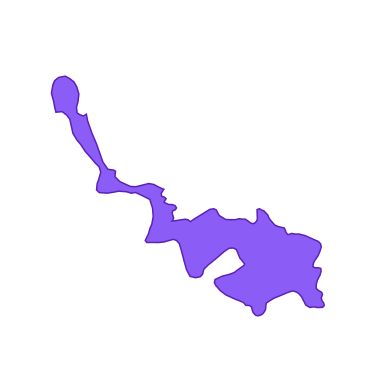 the district of Al-Karkh, Baghdad, Iraq, rotated 165°
{"feature_id": "34846034B16930377854620", "entity_name": "Al-Karkh", "entity_type": "district", "adm_level": 2, "iso_a3": "IRQ", "parent_name": "Iraq", "parent_adm1": "Baghdad", "projection": "orthographic", "projection_center": [44.409, 33.178], "detail": "fine", "context": "isolated", "style": "filled", "palette": "violet", "viewbox_px": 384, "rotation_deg": 165, "n_neighbors": 0, "source": "geoboundaries", "source_scale": "gbopen_adm2", "svg_char_len": 2813}
<svg xmlns="http://www.w3.org/2000/svg" viewBox="0 0 384 384"><g transform="rotate(165 192 192)"><path d="M152.9,57.8L151.3,59.6L149.9,63.5L149.0,65.5L145.7,66.6L140.4,68.2L134.8,68.9L126.1,70.1L121.4,70.4L119.6,70.1L116.4,67.8L114.8,65.6L113.2,62.2L112.6,59.0L111.9,56.0L111.4,53.4L109.7,51.6L107.9,49.9L107.2,49.9L105.8,49.8L103.6,49.4L101.7,48.3L99.8,47.7L98.0,47.3L95.7,46.8L93.7,48.0L93.5,50.4L94.6,53.5L94.5,56.4L92.5,59.2L92.7,61.6L95.2,64.0L96.8,66.2L96.7,68.2L95.6,71.2L93.6,74.5L91.8,76.5L89.8,78.7L87.8,82.1L87.4,84.9L89.6,86.1L92.8,87.0L94.6,88.6L93.2,91.7L91.0,94.2L86.6,97.9L83.7,101.8L81.4,105.4L81.2,108.6L82.7,111.5L86.8,114.7L93.9,120.5L99.5,123.7L103.2,124.6L106.4,126.2L109.2,125.9L110.6,126.2L111.5,128.5L111.9,131.7L112.2,133.4L117.2,136.0L120.6,138.7L123.4,144.3L124.5,147.5L124.7,150.1L126.1,152.7L127.6,155.5L128.6,155.8L131.2,158.4L133.7,158.2L134.5,154.9L135.8,149.2L136.9,147.4L139.1,145.9L141.5,145.6L143.5,147.0L145.6,149.8L147.6,152.0L150.9,152.9L153.3,154.0L157.0,154.0L162.5,155.4L166.8,156.9L167.3,157.4L169.4,159.8L171.8,162.2L173.2,168.4L175.3,170.2L179.3,170.6L196.3,165.5L201.3,163.8L203.0,166.2L203.4,166.4L205.7,167.5L209.3,167.9L218.7,169.0L216.5,171.5L216.6,177.0L215.4,178.8L212.6,179.2L211.1,180.7L211.8,183.2L214.2,184.9L217.8,186.0L221.5,189.1L221.1,190.2L218.7,192.2L220.2,194.4L222.4,195.7L222.0,198.8L218.5,201.9L221.8,204.4L227.0,209.2L231.6,211.4L244.6,211.6L249.9,213.2L259.0,220.7L262.5,226.8L260.5,231.9L262.1,233.5L267.3,235.7L270.3,244.0L271.8,263.2L273.2,273.1L273.5,275.4L274.4,287.7L273.9,294.5L277.2,293.5L280.5,295.9L282.5,298.2L281.6,303.8L281.3,304.4L278.7,308.8L275.9,315.9L276.1,323.5L277.5,328.8L280.6,333.0L284.5,336.7L286.3,336.8L291.2,337.2L295.8,335.1L298.7,331.4L300.6,327.3L302.2,323.8L302.2,315.3L302.7,309.4L302.8,304.3L296.6,303.2L293.2,298.8L291.2,294.0L291.5,287.4L291.8,279.4L289.6,271.7L287.3,266.9L284.7,259.0L281.3,252.2L277.8,244.7L275.2,240.5L275.0,234.8L277.5,230.6L279.1,227.9L281.4,224.7L283.7,218.7L281.7,215.4L274.1,212.8L267.9,212.1L262.7,211.8L255.2,209.2L251.0,206.6L246.6,206.1L241.8,202.1L234.7,195.8L234.3,186.6L235.8,178.4L239.1,171.4L242.0,167.7L244.8,163.0L249.7,157.3L248.7,154.9L243.2,153.5L237.2,151.8L232.0,151.0L222.3,151.1L219.5,149.2L217.6,145.4L217.4,137.7L217.5,127.6L217.4,119.2L217.3,118.0L215.7,111.0L210.8,108.3L206.0,108.0L203.0,109.9L200.6,114.3L194.9,117.5L186.4,121.3L176.0,126.3L170.7,128.1L166.6,127.2L165.7,126.4L164.1,125.0L163.4,120.2L162.9,116.0L161.5,112.9L159.8,108.9L160.7,107.7L166.5,105.5L172.1,103.3L176.9,102.8L184.5,102.9L192.4,101.5L193.9,98.5L193.1,95.3L190.2,89.4L186.0,83.9L178.2,77.5L171.0,72.1L169.2,68.5L166.2,67.7L164.3,65.7L164.3,61.6L164.2,59.8L162.4,56.4L160.3,55.3L158.1,55.3L156.0,55.7L154.9,56.2L152.9,57.8Z" fill="#8b5cf6" stroke="#5b21b6" stroke-width="1.5"/></g></svg>